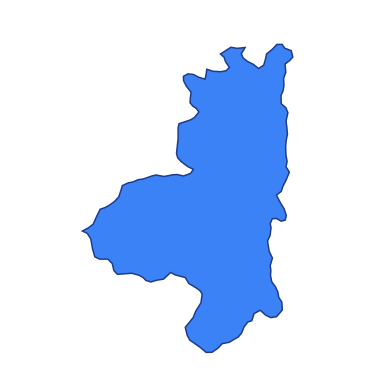 Chavantes, São Paulo, Brazil, rotated 7°
{"feature_id": "56859067B36846089677549", "entity_name": "Chavantes", "entity_type": "district", "adm_level": 2, "iso_a3": "BRA", "parent_name": "Brazil", "parent_adm1": "São Paulo", "projection": "mercator", "projection_center": [-49.726, -23.042], "detail": "fine", "context": "isolated", "style": "filled", "palette": "blue", "viewbox_px": 384, "rotation_deg": 7, "n_neighbors": 0, "source": "geoboundaries", "source_scale": "gbopen_adm2", "svg_char_len": 2134}
<svg xmlns="http://www.w3.org/2000/svg" viewBox="0 0 384 384"><g transform="rotate(7 192 192)"><path d="M88.0,244.1L93.1,245.8L97.2,250.8L100.3,260.8L103.5,268.2L108.5,269.9L116.7,268.9L121.6,272.8L124.0,279.5L128.0,282.8L142.2,280.0L149.6,281.1L153.8,282.8L157.0,285.4L162.2,286.3L167.6,283.9L174.4,281.9L180.6,274.5L185.9,276.4L195.7,277.7L200.0,283.2L207.9,286.7L211.7,288.8L214.5,291.9L214.4,300.9L210.2,309.9L208.5,316.4L206.0,320.5L201.8,327.1L204.7,334.8L207.9,339.3L211.9,341.4L218.9,345.1L225.6,349.5L231.5,348.6L237.1,343.5L240.5,338.8L247.2,336.7L252.0,332.9L255.6,330.3L258.3,326.1L260.1,319.6L263.2,314.3L267.1,312.4L268.4,305.1L274.1,301.1L280.1,305.2L285.4,307.1L291.1,305.5L296.0,298.1L294.6,290.4L291.0,286.0L289.2,280.4L286.5,276.1L282.0,271.2L280.1,265.2L279.8,260.1L278.6,255.5L279.9,247.8L276.0,241.8L274.1,235.6L273.0,231.4L274.8,225.4L274.8,218.0L273.5,213.9L274.9,208.7L279.2,208.0L284.1,210.1L288.0,208.5L288.4,203.7L285.4,197.3L281.1,192.0L276.2,184.8L280.5,180.5L281.6,175.2L283.9,168.9L286.2,160.4L282.2,155.5L282.7,150.2L280.7,143.7L279.4,135.3L279.2,129.3L279.7,123.1L278.2,115.9L276.7,110.3L277.5,101.6L274.9,96.9L269.8,93.5L268.6,85.2L270.0,80.8L270.3,75.5L269.1,68.0L270.5,61.8L268.8,53.7L273.0,49.5L275.6,45.8L273.3,39.6L266.6,38.0L263.4,34.5L258.2,35.2L254.4,40.5L249.2,45.8L248.7,51.4L247.7,57.4L243.0,61.3L237.3,57.8L231.3,55.7L226.4,52.7L224.1,48.8L227.1,42.1L223.0,43.1L219.0,43.9L213.0,43.6L203.4,51.6L207.5,54.4L209.4,58.6L213.9,63.8L211.3,67.3L206.0,69.1L198.3,69.6L191.7,68.4L191.7,73.6L191.2,78.4L184.8,77.3L179.1,75.2L173.5,75.2L169.4,78.3L170.1,82.6L173.5,87.7L178.9,93.0L178.9,98.5L179.2,103.7L182.3,106.6L186.4,108.7L189.1,111.8L185.3,117.8L181.9,120.5L170.8,125.8L170.4,130.3L171.7,140.6L171.9,155.5L173.6,159.8L177.6,163.2L184.7,167.3L190.6,169.4L188.3,173.7L181.7,177.1L175.0,176.5L170.2,177.4L166.6,178.7L162.1,180.0L154.2,179.5L150.5,180.9L141.8,185.1L137.2,186.3L131.9,189.3L127.6,190.7L122.1,194.1L121.2,199.4L119.9,205.9L115.9,211.2L111.0,215.7L107.4,218.2L102.9,220.3L100.6,227.0L97.8,236.0L93.5,240.2L88.0,244.1Z" fill="#3b82f6" stroke="#1e3a8a" stroke-width="1.5"/></g></svg>